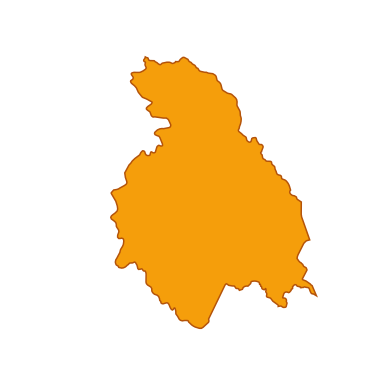 Bolívar, Mercator projection, rotated 68°
{"feature_id": "VEN-39", "entity_name": "Bolívar", "entity_type": "State", "adm_level": 1, "iso_a3": "VEN", "parent_name": "Venezuela", "parent_adm1": "", "projection": "mercator", "projection_center": [-63.762, 6.004], "detail": "fine", "context": "isolated", "style": "filled", "palette": "amber", "viewbox_px": 384, "rotation_deg": 68, "n_neighbors": 0, "source": "natural_earth", "source_scale": "10m", "svg_char_len": 6066}
<svg xmlns="http://www.w3.org/2000/svg" viewBox="0 0 384 384"><g transform="rotate(68 192 192)"><path d="M334.8,115.5L331.8,117.8L331.5,118.7L330.5,119.4L328.8,119.6L325.4,119.5L324.5,119.8L324.0,120.4L323.2,121.8L322.1,123.3L322.2,124.8L321.6,125.9L321.7,126.5L321.5,127.0L321.2,127.3L320.6,127.2L320.3,127.4L318.8,129.7L317.0,130.3L316.4,131.4L316.7,132.6L317.6,134.3L318.6,134.6L319.2,134.9L319.4,135.2L319.3,136.1L319.5,136.5L320.4,137.0L321.5,139.2L321.5,140.1L320.4,141.3L319.9,142.4L319.9,143.6L320.5,144.8L323.7,147.4L324.2,147.4L325.1,145.8L325.7,145.2L326.5,144.9L327.6,144.9L328.9,145.6L330.6,145.5L333.5,147.6L333.8,148.2L333.8,148.9L333.4,150.2L333.0,150.8L331.1,152.2L330.8,152.9L330.4,154.9L329.8,154.5L328.7,154.7L323.6,157.9L320.0,158.9L319.4,159.4L317.6,161.7L316.8,162.0L316.2,161.8L314.7,160.9L313.9,160.7L312.2,161.0L311.7,160.8L310.8,160.1L309.4,159.8L309.1,160.0L309.2,160.4L309.6,161.0L309.7,161.7L308.3,163.1L307.5,163.3L305.7,163.0L305.0,163.6L303.3,163.2L302.9,163.9L301.3,163.6L300.5,163.8L298.9,165.7L298.1,167.1L297.6,168.6L297.3,170.0L297.4,170.8L298.9,172.0L299.6,173.8L300.1,174.8L300.2,175.4L299.6,176.8L299.3,178.7L299.9,180.6L300.6,181.1L301.1,181.8L300.9,184.9L299.3,185.1L298.8,185.5L298.0,187.1L297.5,187.4L295.5,187.8L295.0,188.1L294.1,190.0L292.3,192.9L290.4,194.1L289.9,194.6L290.6,196.2L316.0,224.2L317.2,224.4L318.2,224.8L319.0,225.5L321.6,232.4L321.9,234.3L321.1,236.3L318.4,239.6L316.9,240.9L315.1,242.1L311.3,243.8L309.8,243.9L309.5,244.3L308.4,246.8L307.8,249.3L306.6,250.8L305.2,251.5L301.9,251.9L299.0,252.6L296.2,251.6L293.9,251.3L293.2,251.4L292.9,251.9L293.9,253.5L294.1,254.3L293.5,254.9L292.5,255.3L290.6,255.5L287.5,255.5L285.8,256.1L285.2,257.2L284.9,260.3L284.8,260.8L284.2,261.7L283.2,262.3L281.9,262.0L280.3,262.5L278.7,262.1L276.4,262.1L274.7,262.9L272.7,265.1L271.3,265.9L269.6,266.3L268.7,266.3L266.4,265.5L264.6,265.8L261.6,268.0L259.9,268.6L258.3,268.4L250.7,265.2L249.0,264.9L247.6,265.2L247.3,266.1L246.8,266.6L244.6,267.2L244.3,267.6L244.2,269.1L243.7,270.6L242.6,270.9L239.3,270.4L236.4,270.8L235.5,271.3L235.4,271.9L235.5,273.6L234.6,276.2L234.8,277.2L235.4,278.2L235.5,279.2L236.2,280.8L236.6,282.4L236.6,284.1L236.2,285.7L234.7,287.9L234.3,288.2L233.3,288.1L231.3,289.5L230.6,289.6L229.0,289.5L228.2,289.3L226.4,288.1L225.3,286.6L221.1,281.6L218.6,279.8L216.3,276.7L214.9,275.3L212.3,273.8L210.7,273.3L209.4,273.4L208.4,274.6L208.2,276.1L207.6,277.4L206.0,277.9L204.2,277.1L201.5,274.7L199.6,274.3L196.6,274.9L195.6,275.0L193.2,274.2L191.5,274.2L189.8,275.0L186.7,276.9L185.0,276.8L184.0,275.7L183.4,274.0L182.7,271.2L181.6,268.6L180.7,267.8L179.7,267.2L177.0,266.5L172.0,266.1L163.1,267.4L162.4,267.1L160.8,263.9L161.5,260.7L161.6,259.0L161.3,257.6L160.7,252.4L160.3,250.6L160.0,249.9L159.5,249.3L158.6,248.7L157.2,248.5L153.6,248.3L149.1,247.2L143.4,240.3L142.3,237.9L140.9,235.8L139.5,232.3L138.0,226.6L136.3,224.7L135.6,223.3L135.3,222.4L135.9,221.3L136.8,220.8L139.4,220.9L140.5,220.6L141.5,219.7L142.1,218.1L142.0,217.2L139.8,215.5L139.5,215.0L139.7,214.4L141.1,213.4L141.5,212.3L141.4,211.3L141.1,210.9L137.2,207.8L136.7,207.2L136.3,205.9L136.3,205.2L137.8,203.6L138.0,202.6L137.9,202.0L137.4,201.7L136.2,201.4L129.4,201.4L127.9,201.8L126.8,203.1L125.4,204.4L124.9,204.8L123.7,204.8L122.9,204.3L122.6,203.8L121.5,200.8L121.4,198.2L121.9,196.1L122.6,194.7L123.7,189.2L123.6,188.2L123.4,187.6L122.4,186.8L121.6,186.5L116.6,186.7L115.7,186.9L113.9,188.0L112.7,190.9L108.4,198.3L107.9,200.0L107.3,200.5L106.0,201.1L102.2,201.0L101.6,201.2L99.3,202.7L98.1,203.2L97.4,203.0L97.0,202.7L96.2,201.1L95.2,196.8L94.4,195.8L94.1,195.5L93.5,195.4L88.5,199.5L85.8,202.3L85.1,202.7L79.5,204.4L74.6,204.6L72.0,205.5L68.5,207.4L67.3,207.6L66.4,207.5L65.9,207.1L65.2,204.6L64.3,203.8L63.7,203.6L62.7,203.7L60.5,204.2L59.6,204.0L59.2,203.5L59.1,202.5L59.3,201.1L61.4,196.0L61.6,195.0L61.4,192.0L60.8,189.4L60.3,188.4L59.6,187.9L57.1,188.0L55.9,187.7L54.7,186.8L54.2,186.6L53.0,187.5L52.1,187.6L51.3,187.1L50.4,185.6L49.2,184.7L50.1,184.0L51.0,182.8L51.5,182.6L53.2,182.7L54.0,182.2L54.5,181.5L56.1,177.9L57.6,177.2L58.8,176.1L60.6,175.2L61.9,174.1L62.1,173.4L61.4,171.3L62.2,166.9L63.2,164.4L63.9,163.5L65.4,162.2L65.7,161.1L65.6,159.5L65.4,158.7L64.9,158.4L66.0,155.9L65.9,155.0L64.7,153.2L64.1,151.5L63.8,149.8L64.4,148.7L67.5,146.1L69.2,145.9L70.1,145.6L71.6,144.3L73.4,143.7L75.5,142.0L76.4,141.7L78.4,141.4L79.5,140.3L80.3,140.1L81.9,139.9L82.7,139.5L83.4,138.8L85.8,135.3L86.4,133.8L87.9,132.3L90.1,128.4L92.3,126.8L93.4,126.4L94.4,126.4L97.7,126.9L98.5,126.7L100.1,125.7L101.9,125.0L103.8,125.0L107.7,125.6L108.7,125.5L109.5,125.2L113.7,122.1L115.5,119.5L116.3,118.7L121.0,116.4L123.0,116.0L125.2,116.4L128.0,117.7L129.0,117.9L134.6,117.3L135.8,117.4L139.2,118.5L141.5,118.7L142.7,119.0L144.9,120.1L147.0,121.5L149.4,123.7L150.4,124.2L151.8,125.7L152.5,126.0L153.2,126.0L153.9,125.7L156.3,124.3L158.6,123.3L161.2,121.5L161.9,121.4L164.6,121.8L165.7,121.4L166.8,120.7L167.5,119.8L167.4,118.6L166.6,117.8L164.8,116.5L164.6,115.3L165.2,113.0L165.7,112.5L166.4,112.4L168.6,112.7L172.5,112.0L173.1,111.7L173.4,111.2L174.1,109.7L175.3,109.1L176.6,109.1L177.3,109.5L179.9,111.9L180.8,112.5L181.0,113.4L181.5,113.7L182.2,113.7L183.9,113.1L186.4,113.6L187.7,113.6L188.4,113.1L189.2,112.3L191.1,111.6L191.4,111.2L192.9,107.9L193.3,107.4L194.0,107.1L196.0,107.5L197.3,107.0L199.1,106.0L199.7,105.9L201.9,106.4L204.5,106.3L206.7,106.5L207.4,106.3L208.5,105.5L209.7,103.8L210.4,103.4L211.1,103.3L213.1,103.8L213.9,103.3L215.5,101.5L216.3,100.9L217.3,100.4L219.3,99.8L221.2,99.5L223.2,99.5L227.2,99.9L227.8,100.9L228.8,101.5L229.9,101.6L231.1,101.3L232.8,100.2L233.9,98.5L235.4,97.3L235.9,97.1L237.3,97.3L238.3,97.1L242.2,94.4L253.6,99.1L256.2,99.7L280.5,100.8L280.1,104.0L280.3,104.9L281.5,107.6L290.0,117.3L291.5,118.6L293.0,119.5L296.1,118.8L297.4,118.3L298.5,117.4L299.3,117.2L300.5,116.5L302.1,116.4L303.1,116.1L304.9,114.6L306.9,114.5L307.5,114.7L313.8,122.1L314.3,122.3L315.0,122.0L317.3,119.6L321.6,116.8L322.8,116.4L323.8,115.7L334.8,115.5Z" fill="#f59e0b" stroke="#b45309" stroke-width="1.5"/></g></svg>